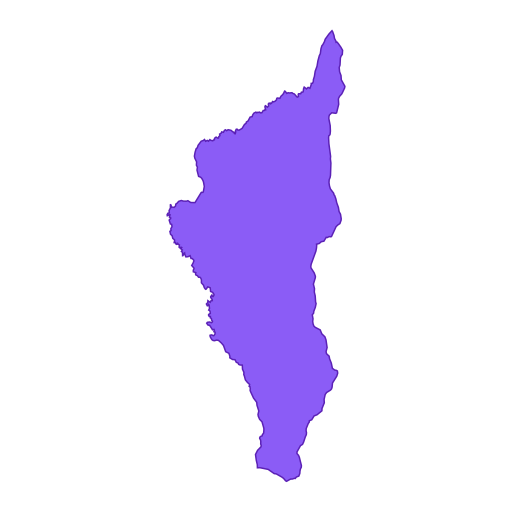 Cañasgordas, Antioquia, Colombia
{"feature_id": "7082276B88320735192302", "entity_name": "Cañasgordas", "entity_type": "district", "adm_level": 2, "iso_a3": "COL", "parent_name": "Colombia", "parent_adm1": "Antioquia", "projection": "equal_earth", "projection_center": [-76.052, 6.813], "detail": "fine", "context": "isolated", "style": "filled", "palette": "violet", "viewbox_px": 512, "rotation_deg": 0, "n_neighbors": 0, "source": "geoboundaries", "source_scale": "gbopen_adm2", "svg_char_len": 6061}
<svg xmlns="http://www.w3.org/2000/svg" viewBox="0 0 512 512"><path d="M175.8,204.1L175.5,206.1L174.1,207.4L172.7,207.1L171.4,207.4L171.1,205.4L170.7,204.7L170.4,204.8L170.4,208.0L169.1,210.5L169.3,212.9L167.8,213.3L167.1,214.8L167.3,215.7L169.4,214.7L170.0,214.8L169.4,217.1L170.7,217.9L170.6,218.7L169.5,219.5L169.2,220.2L170.4,224.0L171.6,224.3L172.0,226.2L171.8,227.1L170.9,228.6L171.0,230.6L169.9,231.3L170.5,234.2L172.1,235.7L172.8,238.4L174.5,239.8L174.6,241.6L174.1,242.2L174.2,242.7L175.4,242.6L175.9,244.0L176.7,244.4L177.0,244.3L177.3,243.2L177.6,243.2L178.2,244.3L179.4,244.9L179.1,247.2L179.5,247.7L180.1,247.9L181.0,247.2L181.7,247.5L180.8,248.8L182.3,249.9L181.4,251.5L182.5,252.3L182.6,255.7L183.0,255.6L183.8,253.7L184.6,253.0L184.8,254.5L185.9,256.9L188.0,256.7L190.1,255.7L191.0,258.5L192.3,258.6L193.7,260.1L193.9,260.9L193.0,263.2L191.7,265.5L193.9,268.0L194.0,268.7L193.3,270.1L193.3,271.8L195.8,272.6L195.5,273.9L195.9,275.0L197.5,275.7L198.5,277.2L200.0,277.3L200.8,278.2L201.4,279.8L201.4,282.8L203.5,285.2L204.3,287.6L205.2,288.9L205.7,289.3L206.3,289.0L207.8,286.8L210.2,287.8L210.6,291.5L212.6,292.3L214.0,294.4L213.8,295.6L213.0,296.6L212.5,296.5L211.9,295.0L210.7,296.6L210.7,297.5L212.2,299.5L212.3,300.6L211.1,300.6L210.2,302.3L207.9,300.7L207.8,302.5L206.4,304.0L207.3,305.8L207.8,305.7L208.6,304.4L209.1,305.0L209.5,308.4L208.7,310.1L209.6,310.6L210.1,311.5L210.3,313.4L208.7,314.4L208.5,315.0L209.2,316.4L210.4,316.5L210.3,317.8L211.4,318.5L211.6,320.1L212.5,321.2L212.3,322.0L211.5,322.7L209.6,322.0L207.4,322.3L206.7,323.2L207.9,325.0L209.7,325.4L212.5,329.8L214.0,329.4L214.4,330.2L213.9,331.7L215.1,332.2L215.0,334.0L213.9,335.6L213.2,335.7L211.8,334.9L210.1,335.2L210.0,335.9L210.5,337.4L211.9,339.7L213.1,340.5L214.6,340.7L216.6,340.1L218.5,340.4L221.4,343.0L223.5,345.5L225.7,351.7L228.9,353.3L229.9,356.3L229.8,357.8L232.5,359.5L235.0,359.7L236.3,362.3L238.0,363.0L238.7,364.4L240.1,365.0L242.3,365.1L242.5,369.2L243.9,372.3L243.8,374.8L244.2,375.4L245.4,379.9L247.5,382.5L249.6,384.4L249.2,386.4L249.9,386.6L250.3,388.6L250.1,390.3L250.5,391.5L253.5,398.0L256.7,402.3L257.0,405.3L258.8,411.0L258.0,414.4L258.3,416.3L259.6,419.3L262.0,421.8L263.8,428.1L263.9,429.8L263.6,433.1L262.4,434.6L262.2,435.8L260.3,436.6L259.7,437.8L259.7,438.6L260.5,439.8L260.8,441.6L260.7,444.0L261.2,445.4L261.0,446.8L257.6,450.3L255.5,454.5L256.3,460.4L257.3,464.6L257.4,467.8L259.9,467.7L268.2,469.4L274.2,473.6L276.3,473.9L281.9,477.1L283.6,478.4L285.6,480.8L286.6,481.3L290.5,479.1L292.5,479.0L294.4,478.3L295.2,478.5L296.4,477.0L298.8,476.1L299.8,473.5L300.0,471.0L300.4,469.1L301.3,467.2L301.4,465.5L299.3,457.1L298.5,455.3L297.0,453.6L297.0,451.9L300.5,445.6L302.5,444.4L303.6,442.1L305.3,436.9L306.3,434.7L306.5,432.7L306.1,430.8L306.2,428.6L308.3,423.4L309.2,422.2L309.3,420.8L311.7,419.8L314.1,415.9L317.0,414.8L321.9,410.8L322.0,408.5L324.3,402.8L324.1,399.4L325.2,394.5L326.6,392.5L330.5,390.1L331.6,388.8L332.1,387.1L332.5,383.0L336.8,376.1L337.7,373.1L337.4,371.0L336.5,370.4L334.6,370.0L332.4,368.3L331.3,363.1L329.6,358.8L329.1,356.1L326.8,354.0L326.3,353.1L326.1,351.4L327.1,347.5L326.0,339.9L324.9,336.8L321.8,333.8L320.2,329.9L315.2,327.3L313.9,326.1L313.1,324.0L312.7,321.5L313.0,318.8L312.3,314.8L313.6,313.2L313.8,311.3L315.3,307.4L316.1,303.6L315.6,302.0L315.2,295.9L314.3,292.0L314.5,288.7L313.4,284.1L315.3,277.8L315.4,276.3L314.2,272.9L311.0,267.9L310.8,266.4L311.2,264.1L315.9,251.1L316.5,247.9L316.7,245.0L316.5,244.2L319.2,243.5L321.3,241.7L323.9,241.2L326.2,237.3L327.1,237.6L329.1,236.6L330.9,236.8L331.5,236.5L336.1,226.6L337.9,224.9L339.9,223.6L341.1,220.2L341.2,218.6L340.5,214.2L339.1,211.6L338.4,207.4L336.7,202.7L335.9,199.0L334.7,195.6L333.9,194.6L333.7,193.3L330.4,188.9L329.5,186.0L329.0,182.7L329.2,179.7L330.1,177.5L330.5,175.3L330.9,163.1L330.4,158.9L330.6,156.4L328.9,143.7L328.6,137.8L328.8,135.8L329.8,134.9L330.1,134.1L330.4,131.1L330.2,125.7L328.8,118.4L329.0,116.2L329.5,114.9L331.7,112.8L335.8,113.3L336.6,112.8L338.7,104.3L338.4,99.5L338.6,98.2L339.6,96.3L341.7,94.0L342.4,92.7L344.6,88.0L344.9,86.3L341.3,79.8L341.0,75.5L339.6,71.8L339.2,67.5L340.0,65.1L340.4,58.0L341.0,56.2L342.3,54.4L342.6,50.3L340.8,47.1L338.2,43.4L336.9,42.0L336.1,42.3L335.9,41.1L334.5,38.4L334.0,35.5L332.7,31.8L332.0,30.7L329.1,33.8L325.2,39.2L324.4,41.7L322.8,44.7L321.9,45.7L321.0,48.6L320.3,53.7L319.3,55.7L317.9,60.9L317.0,66.3L315.2,71.2L314.4,76.4L313.4,79.6L313.3,81.6L312.5,83.3L311.2,83.4L311.2,84.8L309.9,88.3L308.1,87.4L306.5,88.9L304.2,87.1L303.6,88.5L303.2,91.6L302.8,92.1L301.4,92.2L300.7,93.7L298.5,93.8L298.2,94.7L298.4,96.5L297.6,97.1L296.9,96.9L294.4,94.0L292.8,93.4L292.0,92.7L289.4,93.0L288.1,92.7L286.8,93.4L285.2,91.3L284.6,91.1L283.7,93.1L282.8,94.5L280.9,96.3L279.9,98.3L277.2,98.0L276.7,98.6L276.5,99.8L275.0,101.3L273.4,101.9L272.6,101.5L271.5,103.3L270.3,103.9L270.0,103.7L270.1,103.1L268.9,103.2L268.3,104.0L268.6,106.0L267.4,107.2L265.5,105.7L265.0,106.2L265.0,107.3L265.6,109.7L264.9,109.7L264.6,110.4L263.2,110.5L261.9,112.7L260.6,112.9L259.6,112.1L259.0,112.5L258.0,112.2L256.8,112.8L255.9,112.1L253.8,113.2L252.6,115.1L252.2,116.6L250.1,117.1L248.0,121.0L246.4,122.0L246.0,123.4L244.5,124.4L242.1,128.4L239.2,130.1L238.0,130.1L237.0,129.1L236.2,129.3L235.5,130.8L235.7,131.3L235.3,131.9L235.6,132.3L235.3,133.7L234.5,133.6L233.7,132.1L232.9,131.9L231.0,130.3L228.1,129.7L226.7,130.7L225.5,129.8L224.5,130.3L223.4,132.3L221.7,131.9L221.2,133.1L219.6,134.1L219.9,135.7L218.8,136.6L218.5,138.0L217.6,138.1L216.5,137.2L215.6,137.3L214.5,138.4L214.4,139.8L213.5,140.0L212.8,140.8L210.7,140.3L209.9,139.6L208.5,141.2L207.3,140.4L205.6,141.3L204.5,139.5L203.3,140.5L201.2,141.2L198.1,145.3L197.3,147.7L196.1,148.8L195.1,152.2L194.4,156.1L194.8,158.1L196.6,161.9L196.4,165.2L197.4,167.1L197.0,170.1L198.6,176.4L200.6,177.2L201.7,178.3L203.0,180.6L203.5,182.1L204.3,186.5L203.3,191.8L202.8,192.4L201.5,192.3L201.0,192.8L195.0,202.6L190.7,202.5L187.9,200.7L186.4,201.2L183.3,201.1L181.3,200.5L178.6,201.4L177.1,203.2L175.8,204.1Z" fill="#8b5cf6" stroke="#5b21b6" stroke-width="1.5"/></svg>